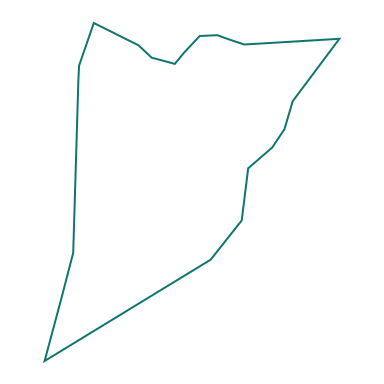 Major Sales, Rio Grande do Norte, Brazil (Robinson projection)
{"feature_id": "56859067B32083777691095", "entity_name": "Major Sales", "entity_type": "district", "adm_level": 2, "iso_a3": "BRA", "parent_name": "Brazil", "parent_adm1": "Rio Grande do Norte", "projection": "robinson", "projection_center": [-38.314, -6.411], "detail": "fine", "context": "isolated", "style": "outline", "palette": "teal", "viewbox_px": 384, "rotation_deg": 0, "n_neighbors": 0, "source": "geoboundaries", "source_scale": "gbopen_adm2", "svg_char_len": 371}
<svg xmlns="http://www.w3.org/2000/svg" viewBox="0 0 384 384"><path d="M93.8,23.0L79.1,65.6L78.4,79.5L73.2,252.9L60.5,301.7L44.6,361.0L210.6,259.7L241.7,220.5L248.2,168.3L272.3,147.4L284.5,129.1L292.7,101.2L339.4,38.8L244.2,44.5L229.8,39.7L217.4,35.2L199.7,36.0L184.3,52.4L174.8,63.9L151.7,57.7L138.5,45.3L93.8,23.0Z" fill="none" stroke="#0f766e" stroke-width="2"/></svg>